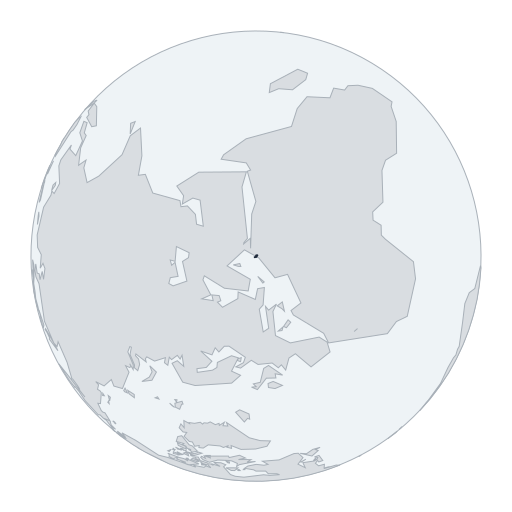 the Earth from above Al Iskandariyah, rotated 211°
{"feature_id": "EGY-1543", "entity_name": "Al Iskandariyah", "entity_type": "Governorate", "adm_level": 1, "iso_a3": "EGY", "parent_name": "Egypt", "parent_adm1": "", "projection": "orthographic", "projection_center": [29.899, 30.835], "detail": "fine", "context": "on_globe", "style": "filled", "palette": "slate", "viewbox_px": 512, "rotation_deg": 211, "n_neighbors": 0, "source": "natural_earth", "source_scale": "10m", "svg_char_len": 10465}
<svg xmlns="http://www.w3.org/2000/svg" viewBox="0 0 512 512"><g transform="rotate(211 256 256)"><circle cx="256" cy="256" r="225" fill="#eef3f6" stroke="#a8b0b8"/><path d="M223.6,33.1L250.3,30.9L259.3,30.7L257.0,30.9L264.3,30.9L275.3,31.6L280.1,32.0L285.2,32.8L284.4,33.0L274.4,32.3L273.8,32.7L280.9,33.3L284.7,34.5L274.3,33.3L279.8,35.4L264.1,36.0L236.9,35.1L227.9,37.9L198.9,44.0L201.2,44.6L191.7,48.1L190.8,50.2L185.7,51.3L189.4,52.2L194.2,50.8L197.5,50.9L197.4,52.2L190.9,53.6L189.9,53.2L188.0,54.3L184.7,54.6L186.3,55.2L178.4,57.2L186.0,57.3L179.5,60.7L174.4,61.5L175.2,58.6L165.3,55.5L160.3,56.5L152.4,60.2L136.8,72.4L131.1,75.1L123.2,80.7L126.1,80.1L133.4,75.7L136.9,76.6L145.3,71.6L147.9,71.5L156.5,68.1L154.8,71.8L148.5,77.5L141.3,80.8L138.4,83.6L144.8,83.4L131.2,93.1L121.7,106.2L118.2,108.7L111.9,107.4L112.8,99.2L104.7,99.9L109.4,103.0L100.6,110.2L99.0,113.1L99.2,115.1L102.4,113.9L99.3,117.5L93.4,115.1L96.1,111.8L98.0,112.4L98.3,108.9L94.3,108.4L90.1,112.7L88.4,109.3L85.4,112.5L83.4,113.9L88.3,108.8L79.5,118.2L76.8,119.4L76.3,120.1L86.4,107.7L97.3,96.1L109.0,85.2L121.5,75.3L134.6,66.2L148.4,58.1L162.6,51.0L177.4,44.9L192.5,39.9L208.0,35.9L223.6,33.1ZM36.0,207.7L34.8,216.5L34.3,218.0L32.2,241.8L34.0,259.4L34.3,270.4L33.7,274.1L35.2,279.8L35.3,283.2L44.7,305.4L52.5,322.8L54.3,334.4L51.7,340.8L58.6,363.4L57.0,361.6L50.1,347.3L44.1,332.6L39.3,317.5L35.5,302.1L32.8,286.5L31.2,270.7L30.7,254.9L31.4,239.0L33.1,223.3L36.0,207.7ZM286.0,32.9L287.5,33.0L289.4,33.4L286.0,32.9ZM156.8,66.4L156.6,67.3L155.1,67.4L156.8,66.4ZM160.7,64.3L159.1,63.9L160.7,62.9L161.7,63.1L160.7,64.3ZM290.0,34.2L292.7,35.0L288.3,34.0L290.0,34.2ZM162.3,65.1L163.8,61.1L166.7,59.4L172.6,59.0L162.3,65.1ZM293.1,35.5L299.6,38.1L303.5,38.4L296.3,39.5L293.1,36.6L287.1,35.1L291.7,35.7L293.1,35.5ZM195.8,49.9L190.6,51.3L195.0,49.0L195.8,49.9ZM197.8,48.4L206.6,42.1L214.2,41.0L209.7,43.1L219.6,41.1L219.0,43.5L213.4,45.2L208.6,45.3L212.0,46.3L197.8,48.4ZM291.3,40.0L291.4,40.8L289.4,39.9L291.3,40.0ZM199.1,50.7L200.2,49.4L206.9,48.2L205.9,50.7L204.0,50.3L199.1,50.7ZM222.5,39.6L227.3,39.4L228.1,41.2L230.0,41.5L219.6,43.5L222.5,39.6ZM202.5,51.2L205.2,52.1L202.0,53.9L198.5,52.0L202.5,51.2ZM209.0,46.9L212.1,46.6L210.1,47.6L209.0,46.9ZM192.1,61.7L193.3,59.7L196.8,58.9L192.1,61.7ZM206.4,52.3L207.5,51.7L209.0,51.3L210.1,52.3L206.4,52.3ZM220.9,44.9L220.2,45.8L225.2,44.1L226.0,45.7L218.9,46.9L222.3,47.1L222.6,47.6L216.5,48.1L220.9,44.9ZM215.8,52.1L207.1,54.7L204.1,58.3L200.8,59.1L206.2,53.1L215.8,52.1ZM216.7,49.6L215.4,51.3L212.0,51.2L210.8,50.0L216.7,49.6ZM229.1,46.5L229.7,43.7L231.3,43.6L229.1,46.5ZM215.6,53.1L217.8,52.5L215.8,53.4L215.6,53.1ZM225.7,48.5L225.7,47.4L227.5,47.3L225.7,48.5ZM222.0,52.3L219.2,53.1L218.2,52.2L222.0,52.3ZM224.2,50.5L226.6,50.7L219.6,51.4L224.0,50.1L224.2,50.5ZM227.4,48.5L228.4,48.1L227.1,49.0L227.4,48.5ZM227.1,55.4L218.4,56.6L216.4,54.6L225.1,53.6L227.1,55.4ZM107.5,318.6L95.3,282.2L101.9,272.1L103.4,257.1L149.0,218.9L158.2,224.6L193.6,224.7L197.9,227.3L193.3,238.9L219.5,256.5L228.5,247.1L252.7,255.8L269.1,255.3L275.7,232.6L248.9,233.1L244.7,222.0L266.5,212.1L290.1,212.4L289.2,208.2L274.7,199.4L280.5,191.3L269.7,195.7L273.8,199.9L267.2,203.1L263.1,199.5L265.3,196.6L258.3,194.8L249.6,210.1L252.8,216.0L234.2,218.4L237.8,228.8L232.6,233.3L224.7,217.7L225.8,212.1L210.7,194.6L207.9,200.6L221.9,217.7L217.3,216.1L213.7,225.3L212.9,217.1L198.3,197.8L181.8,199.2L160.1,219.0L150.7,218.8L143.1,211.9L151.7,189.3L171.9,192.5L175.2,185.5L171.8,173.5L178.2,175.8L179.3,171.7L187.0,172.6L198.4,164.1L206.3,164.2L211.5,152.0L216.2,150.6L211.8,158.1L213.0,163.7L232.7,164.8L236.7,162.3L238.4,154.6L243.7,156.3L242.8,148.6L254.5,146.1L239.6,143.1L241.2,134.9L248.6,129.0L246.4,126.0L234.5,135.7L232.1,140.3L234.3,144.9L225.6,157.9L218.7,159.6L217.7,144.7L207.8,145.8L211.4,134.5L241.5,113.6L253.8,110.1L272.7,120.8L269.5,125.7L261.1,124.2L268.3,132.9L268.0,128.6L272.3,130.3L275.0,123.7L278.2,124.6L275.3,116.9L279.5,117.4L281.3,122.2L288.8,113.7L297.7,113.3L297.9,111.0L295.6,108.6L308.5,110.2L308.0,108.5L303.6,107.2L299.9,103.1L298.3,96.8L302.8,97.6L304.0,100.0L313.3,106.8L315.8,113.6L317.5,113.4L316.5,107.8L305.1,99.4L302.8,95.4L308.8,98.6L306.4,97.1L306.7,95.4L311.3,94.8L305.0,91.0L302.2,73.6L310.8,71.3L316.4,75.6L319.3,66.4L328.7,65.8L324.6,64.5L323.2,60.1L320.3,60.1L318.2,59.2L313.3,49.4L315.7,48.3L309.0,43.8L306.9,43.3L304.7,43.8L296.3,39.5L303.5,38.4L307.9,39.5L309.4,38.6L319.2,41.5L328.0,44.0L337.8,48.7L343.9,50.8L343.8,50.2L352.0,53.2L369.4,62.0L355.9,57.0L330.0,47.0L340.6,50.9L338.3,50.9L342.2,53.0L349.7,56.1L350.5,55.9L363.2,67.6L381.5,80.6L379.9,76.0L384.4,77.2L403.7,91.1L427.7,120.5L433.9,124.8L438.0,129.7L440.7,135.8L434.8,128.7L432.6,129.0L428.9,124.4L431.3,132.7L426.1,126.6L430.5,136.6L434.8,140.0L434.7,134.4L440.7,146.5L447.6,150.9L454.4,161.3L463.2,188.5L463.1,202.5L464.4,206.5L461.2,205.6L461.7,217.0L471.4,231.7L472.8,237.9L471.4,256.1L470.5,251.8L462.2,249.2L464.0,265.2L470.5,270.9L472.9,282.8L469.4,283.3L466.6,273.1L463.6,271.8L462.0,258.4L454.8,242.4L451.1,250.7L449.0,242.9L438.6,231.9L431.9,243.5L423.0,273.8L425.7,294.3L420.9,306.2L405.4,283.1L398.4,264.6L392.9,269.0L376.9,256.8L349.7,264.3L345.7,259.6L340.6,263.6L329.4,260.5L323.3,252.6L316.5,254.4L332.7,275.1L340.0,273.1L345.9,262.6L349.1,270.4L359.9,275.2L348.2,298.4L307.6,323.2L303.6,308.0L272.4,266.6L273.3,261.4L273.2,260.9L272.8,259.9L270.0,268.3L264.6,259.8L281.3,289.8L284.2,302.7L307.1,324.2L304.9,326.9L312.3,330.8L335.7,321.0L335.9,326.1L324.8,351.4L292.3,385.3L296.6,403.6L294.3,418.8L274.1,429.7L275.9,439.9L265.5,443.9L264.9,449.3L256.5,454.9L242.6,459.6L218.8,458.2L217.2,453.8L205.1,443.5L188.4,416.5L194.3,404.8L192.1,394.2L174.9,367.5L178.7,353.9L174.1,347.0L164.6,346.8L159.3,338.4L153.6,337.0L118.1,332.2L107.5,318.6ZM133.0,241.8L131.6,246.1L133.0,241.8ZM315.0,224.4L329.1,223.1L322.6,209.8L327.5,208.4L323.5,204.6L322.1,208.9L312.3,198.4L318.3,193.3L316.6,187.5L311.7,187.7L302.3,198.9L316.2,213.5L313.0,219.8L315.0,224.4ZM34.8,216.8L34.2,220.4L34.3,218.4L34.8,216.8ZM44.0,181.2L43.0,185.0L43.3,182.9L44.0,181.2ZM48.9,167.4L44.7,178.6L45.3,176.2L48.9,167.4ZM63.2,139.4L63.5,139.0L64.8,136.8L63.2,139.4ZM101.0,110.3L101.4,110.6L100.9,113.2L99.6,113.0L101.0,110.3ZM107.7,119.5L102.5,125.0L105.3,120.7L102.5,121.3L105.0,113.4L116.5,109.6L110.9,112.5L107.7,119.5ZM111.4,102.6L108.6,107.5L111.2,102.4L111.4,102.6ZM177.6,149.7L180.0,152.9L176.7,157.3L166.7,158.7L171.4,152.2L177.6,149.7ZM184.2,156.6L186.0,142.2L192.3,141.3L188.5,144.1L192.4,145.0L187.3,149.9L191.5,163.6L188.9,168.6L171.8,167.6L178.9,164.9L176.1,161.7L184.2,156.6ZM179.6,112.5L180.5,107.7L193.0,111.6L190.8,115.7L180.6,117.0L177.4,112.9L179.6,112.5ZM172.6,65.8L172.1,64.8L173.9,64.2L175.8,64.7L172.6,65.8ZM192.4,60.8L176.5,70.3L175.2,69.4L167.5,76.7L161.0,77.4L166.2,72.5L155.4,78.9L157.5,74.8L150.6,79.6L162.8,68.6L164.2,65.6L165.1,68.6L171.1,67.9L174.1,66.7L183.7,61.4L189.7,55.2L196.5,54.1L199.8,55.0L199.4,56.3L195.1,56.5L197.6,58.1L191.1,59.4L192.4,60.8ZM233.9,73.4L229.1,71.8L233.1,77.8L226.6,78.1L227.5,78.8L222.5,80.9L218.1,84.8L215.2,84.4L214.7,86.2L211.4,87.8L209.8,90.2L204.0,90.5L201.5,93.5L200.2,91.9L197.5,97.2L196.9,93.5L192.6,95.7L195.5,98.1L168.2,96.7L157.3,99.9L148.4,104.9L148.6,98.6L157.0,90.3L169.2,82.5L179.7,80.7L177.9,78.5L182.4,77.1L181.9,79.4L185.3,75.1L188.9,74.7L199.7,69.5L202.3,64.2L206.3,62.4L207.1,64.3L210.6,61.3L214.7,63.8L217.7,62.7L224.8,64.4L224.5,69.1L227.9,67.6L233.4,69.2L233.9,73.4ZM228.9,56.0L230.1,60.9L227.1,63.7L216.0,59.7L212.8,60.4L205.6,58.5L210.1,54.7L211.7,55.5L214.4,55.4L211.9,56.6L215.9,55.7L218.2,56.9L222.0,56.5L221.3,58.1L228.9,56.0ZM203.2,223.3L206.6,224.2L212.1,224.2L209.8,230.2L203.2,223.3ZM193.0,210.2L196.1,209.8L195.6,217.8L192.1,217.1L193.0,210.2ZM198.3,203.1L196.3,209.2L195.3,205.5L198.3,203.1ZM214.8,157.5L218.2,156.8L218.4,158.7L216.3,161.3L214.8,157.5ZM244.6,93.4L242.3,91.5L243.4,90.6L242.5,85.3L247.3,84.9L249.7,88.0L244.6,93.4ZM270.9,236.7L266.0,241.2L263.6,239.2L265.8,238.0L270.9,236.7ZM236.2,236.3L244.0,239.4L235.6,238.0L236.2,236.3ZM249.7,92.1L248.8,89.8L251.7,91.1L249.7,92.1ZM250.8,84.5L254.3,85.4L247.8,84.3L250.8,84.5ZM349.8,460.4L350.4,460.4L347.3,461.8L349.8,460.4ZM332.4,411.1L316.4,437.6L305.9,439.2L304.2,432.8L310.3,417.3L322.7,411.1L328.8,402.9L332.4,411.1ZM478.1,293.9L474.6,305.2L472.5,307.8L473.6,303.4L477.0,296.0L478.2,293.0L478.1,293.9ZM473.4,303.7L469.4,302.0L459.9,285.4L463.4,282.2L472.5,287.6L472.0,291.1L474.5,293.8L473.4,303.7ZM480.8,267.7L480.2,277.1L478.8,283.4L477.8,285.3L477.2,276.5L477.6,269.7L478.6,267.3L479.4,238.2L480.3,239.2L480.7,250.3L481.2,254.8L480.8,267.7ZM426.7,295.8L431.8,305.2L428.8,309.0L426.7,295.8ZM477.5,221.0L478.6,233.3L476.9,218.6L477.5,221.0ZM475.1,208.6L476.1,212.4L475.1,210.1L475.1,208.6ZM466.5,212.2L465.5,215.9L464.4,213.1L464.9,206.8L466.5,212.2ZM459.6,170.4L463.6,178.7L464.9,182.0L462.5,178.3L459.6,170.4ZM289.2,89.7L285.1,97.2L285.4,103.2L290.5,107.2L281.6,105.2L281.2,95.9L289.2,89.7ZM300.2,75.3L295.7,72.4L298.7,72.0L300.1,72.6L300.2,75.3ZM296.7,74.8L289.1,74.6L287.3,71.9L293.6,72.5L296.7,74.8ZM269.4,82.5L267.9,84.6L265.5,83.4L269.4,82.5ZM481.3,258.5L481.3,255.6L481.3,252.9L481.3,258.5ZM478.9,223.5L478.7,222.2L479.4,227.7L477.0,212.3L477.2,213.1L478.9,223.5ZM477.1,213.4L477.8,218.4L476.4,210.1L477.1,213.4ZM477.4,216.8L476.3,212.2L476.3,210.8L477.4,216.8ZM477.0,212.2L475.0,203.5L475.9,207.3L477.0,212.2ZM473.4,202.4L475.3,205.8L474.7,208.2L469.6,193.0L469.5,190.2L473.4,202.4ZM440.6,129.4L437.8,126.1L436.3,123.1L438.7,126.2L440.6,129.4ZM428.7,111.8L435.0,121.3L439.5,129.7L440.4,130.0L445.6,137.8L441.7,133.9L435.1,123.1L432.4,118.0L427.5,112.2L422.8,106.0L416.8,100.2L413.3,96.4L417.9,100.3L428.7,111.8ZM414.3,98.0L402.2,87.5L401.4,85.3L403.9,87.0L409.8,92.7L409.9,93.5L414.3,98.0ZM399.0,84.5L399.0,85.4L381.0,75.3L377.0,72.8L390.3,78.3L390.9,79.6L395.5,82.7L399.0,84.5ZM293.8,41.0L291.6,40.8L292.9,40.4L293.8,41.0ZM316.6,59.4L314.0,58.1L315.6,57.4L316.6,59.4ZM307.7,54.3L307.7,55.9L305.8,53.8L307.7,54.3ZM308.1,59.9L306.8,56.4L310.8,60.3L308.1,59.9Z" fill="#d9dde1" stroke="#a8b0b8" stroke-width="1"/><path d="M255.0,255.3L255.1,255.2L255.6,254.9L255.8,254.7L256.0,254.6L255.9,254.6L256.0,254.5L256.2,254.4L256.3,254.3L256.3,254.2L256.5,254.1L256.7,254.3L256.5,254.6L256.4,254.8L256.1,254.9L255.9,255.0L256.0,255.2L256.0,255.3L255.9,255.5L256.1,256.1L256.3,256.3L256.4,256.5L256.2,256.8L256.1,257.0L255.4,257.3L255.3,257.5L255.1,258.0L255.0,255.3L255.0,255.3Z" fill="#64748b" stroke="#1e293b" stroke-width="1.5"/></g></svg>